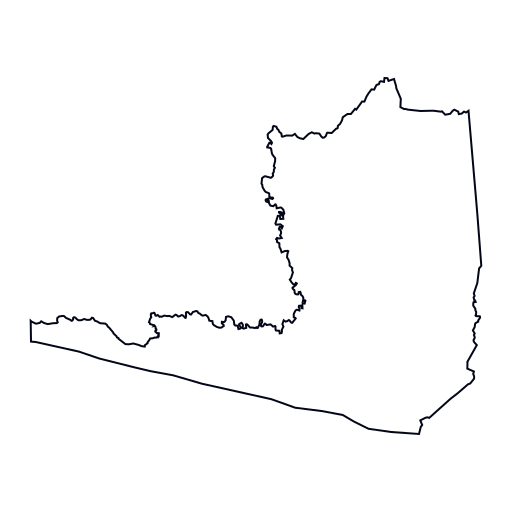 outline of Jomoro, Western, Ghana
{"feature_id": "2480657B70421803893954", "entity_name": "Jomoro", "entity_type": "district", "adm_level": 2, "iso_a3": "GHA", "parent_name": "Ghana", "parent_adm1": "Western", "projection": "robinson", "projection_center": [-2.777, 5.196], "detail": "fine", "context": "isolated", "style": "outline", "palette": "ink", "viewbox_px": 512, "rotation_deg": 0, "n_neighbors": 0, "source": "geoboundaries", "source_scale": "gbopen_adm2", "svg_char_len": 6071}
<svg xmlns="http://www.w3.org/2000/svg" viewBox="0 0 512 512"><path d="M308.7,133.9L303.3,139.0L300.0,138.3L297.4,137.0L294.9,133.9L292.2,135.6L286.4,135.5L282.6,136.7L281.8,136.4L281.5,134.1L281.0,133.2L279.3,131.8L278.3,129.7L277.2,128.9L276.4,126.7L273.5,126.0L272.9,126.8L272.6,129.9L268.5,133.3L267.6,134.5L268.0,138.0L271.1,141.1L272.0,142.8L271.4,144.0L270.1,142.8L269.4,142.7L267.1,147.0L267.2,147.4L270.2,147.9L271.1,148.6L271.9,153.3L272.6,154.9L275.2,158.2L275.1,161.2L273.8,166.2L274.9,167.8L273.9,169.6L273.8,171.9L272.7,173.6L273.1,175.4L272.7,176.4L270.9,177.8L265.5,176.3L264.4,176.4L262.1,178.1L261.5,183.7L262.2,184.6L262.6,187.3L264.8,191.0L265.8,192.0L268.9,193.2L269.3,194.0L269.3,196.5L270.2,197.4L272.9,197.7L273.1,198.3L272.4,199.0L269.5,198.2L265.8,199.5L265.6,200.2L266.1,201.5L267.2,201.9L268.2,200.1L268.7,200.6L269.0,203.1L270.4,205.6L273.3,206.2L275.2,204.4L275.6,204.4L276.3,205.7L276.7,208.3L280.4,207.5L281.4,207.7L283.4,209.8L284.3,213.4L283.1,215.5L283.2,214.0L282.2,212.7L279.9,211.9L279.0,212.0L279.0,212.6L283.1,216.5L283.3,218.8L280.3,219.0L279.8,215.9L277.8,215.9L275.4,223.5L276.1,224.7L280.3,224.3L282.8,226.2L281.9,228.3L281.4,227.9L281.0,227.1L279.7,226.8L278.9,228.9L279.2,229.6L280.4,229.9L281.1,232.2L281.0,233.4L280.1,235.5L281.7,238.0L279.0,238.5L277.0,237.9L276.1,239.2L276.9,239.9L277.1,242.1L279.3,243.2L279.5,247.3L280.4,248.6L281.6,252.4L284.7,251.1L287.6,250.8L288.3,251.2L287.4,253.9L287.0,257.3L288.6,259.9L289.6,263.2L289.6,265.6L292.3,268.1L292.0,269.8L292.9,272.5L291.0,278.2L289.8,279.6L291.7,282.5L293.3,284.3L295.0,284.5L295.8,282.9L296.8,283.4L295.8,285.1L292.5,287.7L292.7,288.7L294.4,290.2L294.7,292.8L295.3,293.8L296.3,294.3L298.1,294.4L298.6,293.6L298.7,292.1L300.2,291.8L300.6,292.5L300.9,294.7L302.4,296.0L303.3,297.6L303.3,299.6L302.9,301.3L304.9,300.3L305.4,300.6L304.6,303.6L303.1,303.3L302.6,303.8L302.3,305.0L302.5,308.3L301.8,308.2L301.0,306.1L300.2,305.6L299.0,305.8L298.7,307.0L299.6,309.0L299.4,310.5L296.9,309.7L295.6,310.4L293.9,313.6L293.7,314.9L293.8,317.3L295.4,317.9L295.7,318.5L292.2,322.8L291.1,322.5L289.4,320.3L288.6,320.1L287.3,321.1L285.5,321.6L283.7,320.3L282.4,324.1L283.4,326.6L281.9,329.7L281.9,331.8L281.5,333.1L279.7,333.4L279.4,330.8L276.0,330.5L275.5,329.5L275.5,326.5L275.1,326.0L273.1,326.6L270.6,324.4L266.6,325.0L265.4,323.8L264.7,323.7L262.9,326.3L261.4,326.4L261.0,325.9L260.8,324.6L261.9,322.6L262.2,321.3L261.8,319.7L261.2,319.5L260.2,320.2L259.6,321.7L259.5,324.4L257.7,328.0L257.1,328.1L256.4,327.3L254.9,328.1L253.1,327.6L250.0,327.5L247.2,324.4L246.6,324.3L245.9,324.5L246.2,327.9L243.7,328.6L242.2,328.0L242.9,326.3L242.9,325.0L242.0,323.3L241.4,322.8L239.2,324.1L239.1,324.8L240.6,327.1L240.7,327.8L240.0,328.7L238.5,329.1L237.6,326.0L236.9,325.5L235.3,325.5L234.3,324.6L233.8,320.7L231.6,317.6L230.8,317.0L228.1,316.3L226.0,316.9L225.6,320.3L224.9,321.4L223.8,322.1L221.9,321.8L221.8,323.3L223.5,324.8L223.8,325.9L221.4,327.6L219.3,327.7L216.8,326.9L213.7,325.0L212.8,323.8L212.4,321.1L209.3,320.7L208.5,318.0L207.7,316.6L205.8,315.0L202.6,315.6L201.6,315.2L200.1,313.8L198.3,312.9L197.4,311.4L196.2,311.0L192.9,312.0L191.1,314.5L190.1,314.4L187.9,312.1L186.4,312.1L185.9,312.8L186.1,316.3L185.6,317.9L185.0,317.7L183.7,316.1L182.6,315.3L181.5,315.1L179.7,316.2L178.2,316.5L176.5,315.0L175.4,314.7L172.3,317.1L169.2,315.9L167.4,316.1L164.2,315.6L161.6,316.8L160.6,316.5L159.6,316.8L157.7,315.0L156.0,315.8L155.5,315.6L154.5,313.0L153.9,312.7L152.6,313.3L151.3,313.3L150.9,313.9L150.9,316.2L151.3,317.1L150.1,318.9L149.0,322.1L149.5,322.3L150.0,324.0L153.4,325.1L153.7,325.6L155.1,325.0L154.2,326.0L154.7,325.9L155.6,327.1L155.6,328.5L156.4,329.3L156.3,330.3L155.4,330.7L155.3,331.6L156.9,333.1L158.2,333.1L158.2,333.6L158.8,333.5L158.7,336.3L158.0,336.2L157.8,337.3L157.1,337.1L156.4,337.6L154.4,337.6L152.6,338.3L150.1,338.5L149.2,340.2L147.5,342.4L147.6,343.2L144.9,345.2L144.7,346.6L141.4,346.1L138.9,345.0L133.3,343.5L128.8,344.3L125.4,344.1L119.3,339.4L118.4,338.6L118.4,338.0L116.9,337.3L116.4,336.1L113.5,333.5L113.3,332.6L109.2,327.7L107.9,326.7L106.8,324.8L105.3,323.6L100.0,323.2L97.4,321.6L94.9,320.7L93.1,318.0L91.9,317.7L90.5,319.5L88.8,319.9L87.0,319.9L84.2,319.0L81.3,320.2L78.5,320.3L76.7,319.1L75.5,317.7L74.0,317.2L73.1,318.0L73.1,319.5L72.3,320.6L71.5,320.8L70.3,319.8L66.0,317.9L64.1,316.1L63.2,315.9L59.3,316.4L57.3,318.0L57.1,320.5L57.7,322.3L56.8,323.1L53.2,323.2L47.8,324.1L44.0,323.0L41.2,321.3L39.7,322.9L36.0,323.7L31.5,321.6L30.7,320.8L31.0,341.6L35.8,342.0L78.9,351.6L99.2,358.5L133.4,367.1L150.7,371.2L173.1,375.3L201.9,383.7L271.4,399.2L295.1,407.7L322.2,411.1L342.8,415.0L354.2,421.7L368.6,428.8L391.2,432.0L419.0,434.0L420.8,426.8L422.2,425.0L420.3,420.4L425.4,417.8L427.3,417.3L429.2,417.9L450.6,398.7L457.5,393.4L468.0,384.3L470.2,383.5L474.1,378.6L474.1,376.2L473.2,373.9L473.9,371.5L467.3,368.6L467.5,362.5L467.3,362.0L476.8,345.1L474.2,342.2L473.5,340.7L473.7,339.7L474.7,338.0L474.6,336.7L473.9,335.0L474.7,333.5L472.9,330.4L474.7,327.0L475.1,323.8L475.7,323.0L478.2,321.7L478.2,320.4L479.9,318.0L480.1,317.1L479.8,316.3L476.0,316.1L475.5,315.5L476.0,314.4L476.2,312.0L475.3,310.1L475.4,308.9L473.3,305.7L473.2,303.9L473.6,302.1L475.6,302.0L475.1,300.4L474.3,300.1L473.6,297.4L474.6,295.9L473.8,293.4L477.3,283.1L479.1,268.4L481.3,265.8L477.3,213.7L468.5,110.8L466.0,112.5L464.0,111.6L461.7,113.6L458.8,114.1L458.2,111.6L454.3,109.7L452.6,110.9L450.2,113.8L445.2,114.7L442.0,111.3L441.0,111.7L433.3,110.7L420.6,111.0L407.7,109.6L405.4,108.9L404.1,109.1L400.4,107.1L400.8,98.8L396.3,88.2L396.1,86.2L394.0,79.0L388.5,80.9L387.5,78.2L384.8,78.0L384.5,78.0L384.0,81.9L380.9,81.2L379.7,81.8L378.9,84.2L376.8,84.8L376.2,85.4L374.2,89.6L371.5,89.4L368.4,93.5L366.5,96.6L364.4,101.6L362.1,101.5L356.3,109.6L355.1,108.8L350.9,114.0L347.5,114.0L342.8,117.2L342.0,120.4L340.0,124.0L337.9,125.8L337.7,128.0L337.1,128.5L336.1,128.7L331.7,133.0L327.4,132.7L326.9,133.1L325.8,136.1L324.0,137.6L322.6,137.7L321.2,136.4L319.4,133.6L315.5,133.2L314.5,133.6L311.8,132.3L308.7,133.9Z" fill="none" stroke="#020617" stroke-width="2"/></svg>